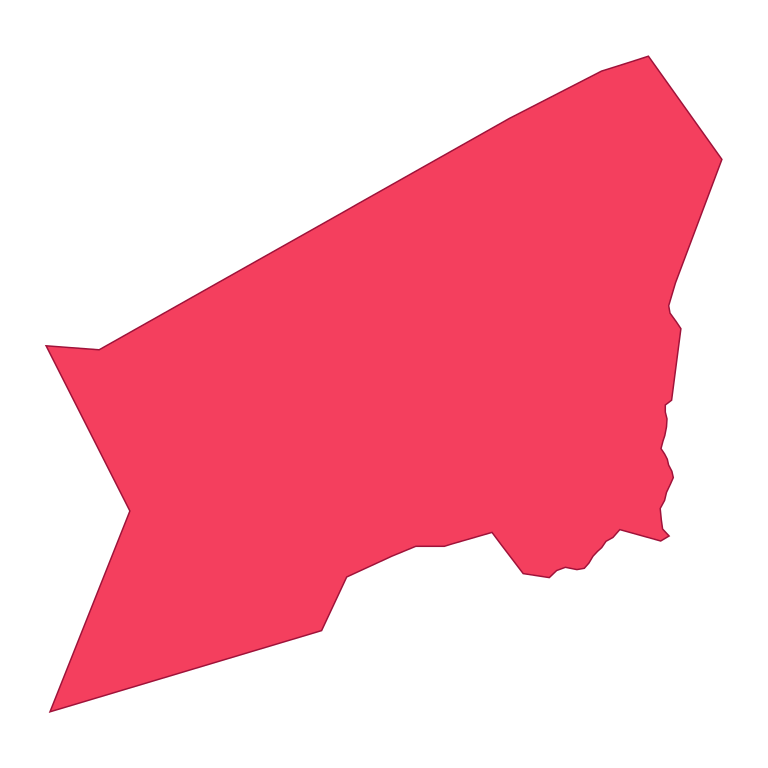 Santo Inácio do Piauí, Piauí, Brazil
{"feature_id": "56859067B9028675436442", "entity_name": "Santo Inácio do Piauí", "entity_type": "district", "adm_level": 2, "iso_a3": "BRA", "parent_name": "Brazil", "parent_adm1": "Piauí", "projection": "robinson", "projection_center": [-41.926, -7.457], "detail": "fine", "context": "isolated", "style": "filled", "palette": "rose", "viewbox_px": 768, "rotation_deg": 0, "n_neighbors": 0, "source": "geoboundaries", "source_scale": "gbopen_adm2", "svg_char_len": 846}
<svg xmlns="http://www.w3.org/2000/svg" viewBox="0 0 768 768"><path d="M669.1,536.0L662.6,529.0L661.3,519.7L660.2,508.5L664.6,500.4L666.5,492.4L670.6,483.7L673.3,477.6L671.9,471.3L668.6,465.0L667.3,459.2L664.6,454.0L661.0,448.6L663.0,441.0L664.8,435.6L666.5,426.9L667.0,418.9L665.3,412.1L665.3,405.0L671.6,400.2L680.9,328.7L676.3,321.8L670.0,313.1L668.7,305.7L675.5,282.8L721.9,159.4L648.4,56.2L626.3,63.3L601.5,71.1L509.4,118.4L358.1,203.7L347.8,209.6L218.4,282.5L99.1,349.8L46.1,345.8L129.9,511.0L50.0,711.8L321.6,630.6L346.7,577.0L391.8,556.2L415.8,546.3L444.4,546.3L451.4,544.1L492.0,532.4L501.5,545.1L523.2,573.6L549.3,577.6L556.7,570.5L565.4,567.3L576.9,569.6L584.3,568.3L588.9,563.1L593.0,556.2L597.6,551.3L601.7,547.6L606.0,541.3L613.0,537.4L619.8,529.6L660.7,541.0L669.1,536.0Z" fill="#f43f5e" stroke="#9f1239" stroke-width="1.5"/></svg>